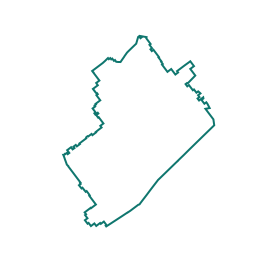 Wickepin, Western Australia, Australia (Equal Earth projection), rotated 53°
{"feature_id": "25037944B57924194295774", "entity_name": "Wickepin", "entity_type": "district", "adm_level": 2, "iso_a3": "AUS", "parent_name": "Australia", "parent_adm1": "Western Australia", "projection": "equal_earth", "projection_center": [117.609, -32.822], "detail": "fine", "context": "isolated", "style": "outline", "palette": "teal", "viewbox_px": 256, "rotation_deg": 53, "n_neighbors": 0, "source": "geoboundaries", "source_scale": "gbopen_adm2", "svg_char_len": 3263}
<svg xmlns="http://www.w3.org/2000/svg" viewBox="0 0 256 256"><g transform="rotate(53 128 128)"><path d="M112.2,38.1L112.2,39.3L112.2,40.2L112.1,45.0L112.1,54.6L113.8,54.6L113.8,58.0L106.9,58.0L106.9,62.7L101.0,62.7L97.8,62.7L97.8,61.7L95.0,61.7L95.0,61.2L94.3,61.2L90.0,61.2L90.0,60.6L83.9,60.6L82.7,60.6L81.8,60.6L80.9,60.6L80.9,62.7L78.7,62.7L78.7,60.8L74.5,60.8L74.5,59.4L70.7,59.4L67.3,59.4L66.6,58.5L65.8,59.2L64.8,60.2L64.2,60.7L62.6,62.2L63.8,62.2L63.8,64.0L63.6,64.0L62.7,64.0L61.4,64.0L61.4,65.1L65.6,70.7L66.2,75.8L66.8,80.6L66.9,81.4L67.2,83.4L68.0,85.9L68.4,87.2L68.7,88.0L68.8,88.2L70.1,92.2L70.8,94.2L70.8,94.3L70.1,95.2L68.7,96.9L67.9,97.6L65.9,97.5L65.9,98.8L63.1,98.8L63.1,100.1L61.5,100.1L61.5,101.9L60.1,101.9L60.2,102.9L60.6,105.8L60.9,109.1L60.9,110.3L60.9,112.7L60.9,122.3L62.0,122.3L62.0,122.2L63.3,122.1L63.5,122.2L63.5,122.3L67.9,122.3L71.0,122.3L72.9,122.3L72.9,126.3L75.7,126.4L75.7,129.0L75.7,132.5L77.8,132.5L77.7,132.4L78.5,132.4L80.6,132.4L81.6,132.4L81.6,131.8L82.8,131.8L82.8,133.5L86.6,133.5L89.2,133.5L89.2,139.4L89.9,139.4L89.9,141.1L90.9,141.1L90.9,142.0L91.1,142.0L91.1,144.5L92.8,144.5L94.8,144.5L96.0,144.5L96.0,146.0L97.6,146.0L97.6,143.0L98.6,143.0L98.6,145.6L101.8,145.6L101.8,145.0L101.8,144.9L105.5,144.9L109.6,144.9L109.6,148.8L111.7,148.8L111.7,152.7L111.8,156.2L112.3,156.2L112.3,160.7L110.8,160.7L110.8,164.7L110.7,164.7L110.6,164.8L110.2,165.1L110.2,166.7L110.5,167.3L110.7,167.6L111.1,167.6L111.1,176.1L111.9,176.1L111.9,179.9L111.0,179.9L110.1,179.9L110.1,182.8L111.8,182.8L111.8,183.9L111.7,183.9L111.7,185.1L111.2,185.1L109.1,185.0L109.1,185.7L109.1,187.4L109.1,188.2L109.1,189.0L109.1,189.9L112.6,189.9L112.6,190.2L112.6,191.9L111.1,191.9L111.1,194.1L110.7,194.1L110.8,195.8L110.7,195.9L112.6,196.4L115.0,197.2L119.6,198.6L120.4,198.9L122.5,198.6L122.7,198.8L123.7,198.8L126.1,198.8L127.4,198.8L128.6,198.8L131.9,198.8L134.3,198.8L135.1,198.8L137.1,198.8L138.1,198.8L139.6,198.8L143.1,198.8L143.1,199.5L144.2,199.5L144.2,201.6L148.3,201.5L148.3,200.3L151.3,200.3L151.3,200.2L153.5,200.2L153.5,199.0L156.6,199.0L158.8,199.1L158.8,199.7L160.6,199.7L164.4,199.7L166.6,199.7L169.8,199.7L169.8,200.4L169.8,201.5L169.8,202.9L169.8,205.8L169.3,205.8L169.3,206.2L169.3,209.6L169.3,211.4L169.3,213.4L171.7,213.4L171.7,214.7L175.7,214.7L175.7,217.9L180.1,217.9L180.1,216.6L183.4,216.6L184.0,216.6L184.0,212.3L187.1,212.3L187.1,207.4L188.2,207.4L188.2,205.0L188.2,203.6L190.3,203.6L192.6,203.6L192.6,204.6L193.5,204.6L193.9,199.1L194.8,185.8L195.2,179.2L195.3,179.2L195.5,175.9L195.5,166.7L195.5,166.0L195.8,165.2L195.9,164.9L195.9,164.6L195.6,163.8L194.8,161.0L192.7,153.4L191.3,148.6L190.7,146.5L189.5,142.2L187.8,136.0L187.7,135.7L187.6,135.4L187.3,132.8L185.0,114.5L184.5,110.5L184.3,108.2L184.2,108.2L183.7,104.3L183.2,100.1L182.0,91.3L179.9,74.9L177.7,57.5L172.5,54.6L167.3,54.6L159.3,54.6L161.2,50.8L156.3,50.0L154.6,50.0L154.6,52.4L149.8,52.4L149.8,50.0L148.8,49.5L148.8,54.7L146.3,54.7L146.3,52.3L144.0,52.3L144.0,49.3L143.2,49.4L141.0,49.9L141.0,52.1L136.9,52.1L136.9,53.5L134.7,53.5L130.4,53.5L130.4,55.6L127.6,55.6L127.6,53.7L128.2,53.3L128.2,53.2L128.1,52.5L127.9,51.1L126.8,43.8L126.6,42.7L122.5,42.7L118.3,42.7L118.3,38.1L115.2,38.1L112.2,38.1Z" fill="none" stroke="#0f766e" stroke-width="2"/></g></svg>